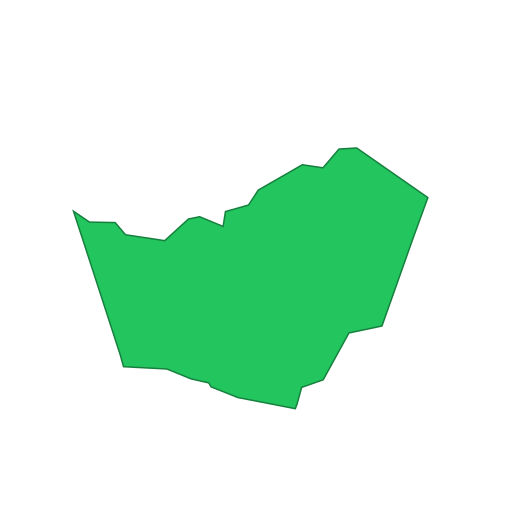 the district of Barrow, Georgia, United States of America, rotated 323°
{"feature_id": "52423323B78552239395021", "entity_name": "Barrow", "entity_type": "district", "adm_level": 2, "iso_a3": "USA", "parent_name": "United States of America", "parent_adm1": "Georgia", "projection": "orthographic", "projection_center": [-83.722, 34.011], "detail": "fine", "context": "isolated", "style": "filled", "palette": "green", "viewbox_px": 512, "rotation_deg": 323, "n_neighbors": 0, "source": "geoboundaries", "source_scale": "gbopen_adm2", "svg_char_len": 565}
<svg xmlns="http://www.w3.org/2000/svg" viewBox="0 0 512 512"><g transform="rotate(323 256 256)"><path d="M314.5,387.7L393.7,335.3L397.9,332.6L428.4,312.8L401.4,230.3L386.6,220.5L362.6,225.9L347.9,211.0L297.5,204.7L280.7,210.8L258.4,202.1L247.5,212.6L234.6,190.7L224.3,185.8L192.3,188.8L164.6,160.5L163.6,144.5L143.4,128.7L137.2,110.4L121.3,156.8L88.1,253.2L83.6,264.7L116.8,292.6L130.2,315.1L141.9,328.9L141.4,333.5L156.3,358.1L195.5,401.6L199.5,399.1L213.4,388.4L235.2,395.3L283.9,373.4L314.5,387.7Z" fill="#22c55e" stroke="#15803d" stroke-width="1.5"/></g></svg>